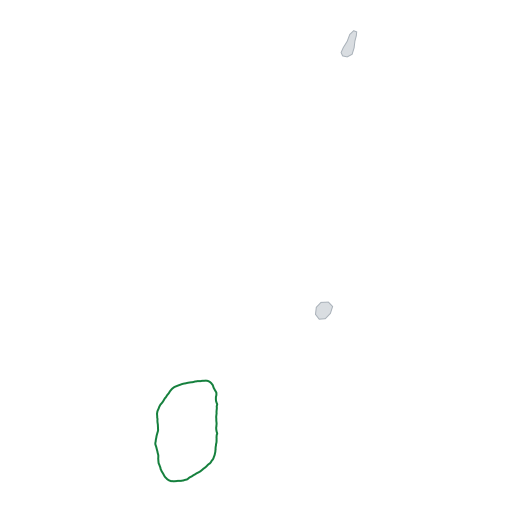 location of South Nilandhoo, Maldives
{"feature_id": "70690204B67340170019172", "entity_name": "South Nilandhoo", "entity_type": "district", "adm_level": 2, "iso_a3": "MDV", "parent_name": "Maldives", "parent_adm1": "", "projection": "orthographic", "projection_center": [72.94, 2.835], "detail": "fine", "context": "in_parent", "style": "outline", "palette": "green", "viewbox_px": 512, "rotation_deg": 0, "n_neighbors": 0, "source": "geoboundaries", "source_scale": "gbopen_adm2", "svg_char_len": 3465}
<svg xmlns="http://www.w3.org/2000/svg" viewBox="0 0 512 512"><path d="M352.1,54.3L347.2,56.9L342.6,55.9L341.1,52.5L343.3,47.6L347.2,41.3L349.8,34.4L353.7,30.7L356.7,31.9L356.3,35.8L354.9,41.1L354.1,47.9L352.1,54.3ZM325.3,318.7L319.2,319.2L315.5,314.4L316.3,307.3L321.0,302.4L328.4,302.1L332.6,306.5L330.4,313.4L325.3,318.7Z" fill="#d9dde1" stroke="#a8b0b8" stroke-width="1"/><path d="M173.6,481.3L175.0,481.2L176.3,481.1L177.6,480.9L179.3,480.9L180.8,480.9L182.3,480.6L183.3,480.5L184.3,480.1L185.4,479.8L186.9,479.5L188.1,478.7L188.8,478.0L190.0,477.2L191.3,476.6L192.2,476.1L193.4,475.2L194.8,474.5L196.6,473.3L198.5,472.4L200.4,471.3L201.6,470.3L202.6,469.5L203.3,468.8L204.9,467.7L206.1,466.7L207.0,465.8L207.8,464.9L208.9,464.0L210.0,463.3L211.0,462.0L211.8,460.6L212.8,459.5L213.3,458.6L213.7,457.5L214.0,456.6L214.3,455.9L214.6,455.1L214.8,454.2L215.0,453.2L215.2,452.4L215.3,451.8L215.4,451.0L215.4,450.3L215.6,449.6L215.5,449.0L215.6,448.2L215.6,447.6L215.7,446.7L215.9,445.8L216.0,445.0L216.0,444.3L216.4,442.8L216.5,441.8L216.6,440.8L216.5,440.0L216.6,439.1L216.5,437.1L216.6,436.4L216.6,435.8L216.7,435.3L216.7,435.0L216.8,434.6L217.2,433.8L217.0,432.7L216.7,431.9L216.5,430.9L216.3,429.7L216.2,428.7L216.2,427.9L216.2,427.1L216.4,426.4L216.4,425.7L216.5,425.0L216.6,423.6L216.5,422.4L216.3,420.8L216.3,418.8L216.2,417.5L216.2,416.6L216.3,415.7L216.4,414.9L216.5,414.0L216.6,413.2L216.5,412.4L216.5,411.6L216.6,410.9L216.6,410.2L216.7,409.5L216.8,409.0L216.8,408.6L216.8,408.2L216.8,407.7L216.8,407.1L216.7,406.5L216.8,406.0L216.9,405.5L217.0,405.2L217.1,404.7L217.2,404.4L217.1,403.9L216.8,403.3L216.5,402.5L216.3,401.8L216.0,400.9L216.0,400.3L215.9,399.7L215.9,398.4L215.9,397.4L216.0,396.6L216.2,395.9L216.4,395.0L216.4,393.8L216.4,392.9L216.2,392.3L215.6,391.2L215.1,390.5L214.5,389.3L214.2,388.8L213.9,388.3L213.4,387.1L213.2,386.4L212.9,385.5L212.7,385.1L212.5,384.7L212.0,384.2L211.6,383.6L211.0,382.9L210.5,382.5L210.1,382.1L209.5,381.8L208.6,381.2L208.2,381.1L207.3,380.8L206.2,380.7L205.1,380.7L204.0,380.8L202.7,380.8L201.6,380.9L200.8,381.1L200.0,381.1L198.8,381.1L197.6,381.1L196.3,381.4L195.0,381.5L193.8,381.9L192.5,382.2L191.1,382.3L189.6,382.5L187.8,382.8L186.5,383.1L185.4,383.4L184.4,383.5L183.0,383.8L181.6,384.2L180.4,384.7L179.2,385.1L177.9,385.6L176.1,386.3L174.9,386.8L174.1,387.2L173.2,387.9L172.3,388.6L171.7,389.2L171.2,389.8L170.6,390.5L169.8,391.5L169.2,392.6L168.5,393.6L167.8,394.4L167.2,395.1L166.7,395.9L166.4,396.4L165.9,397.2L165.5,397.7L165.0,398.1L164.6,398.8L164.2,399.4L163.9,400.0L163.0,401.5L162.2,402.6L161.1,403.9L160.5,404.5L159.8,405.8L159.3,406.7L159.1,407.3L158.8,408.1L158.4,409.1L157.9,410.1L157.4,411.4L157.2,412.6L157.0,413.8L157.1,415.0L157.2,416.4L157.2,417.6L157.5,419.0L157.4,420.8L157.5,422.3L157.7,423.6L157.9,425.0L157.9,426.1L158.0,427.3L158.0,428.8L158.1,429.8L158.0,430.7L157.8,431.6L157.5,432.5L157.2,433.6L156.8,435.0L156.5,436.3L156.3,437.6L156.1,438.5L155.8,440.0L155.7,441.3L155.4,442.6L155.3,443.6L155.4,444.5L156.1,446.5L156.4,447.6L156.8,449.2L157.1,450.4L157.4,451.4L157.6,452.6L157.9,453.7L158.3,455.2L158.3,456.4L158.3,457.4L158.2,458.5L158.3,459.6L158.4,461.1L158.5,462.0L158.6,463.1L159.1,464.3L159.4,465.0L159.6,465.6L160.4,467.7L160.6,469.0L161.2,470.2L161.6,471.2L162.3,472.3L163.1,473.6L163.8,474.9L164.5,476.2L165.0,476.9L165.4,477.4L166.3,478.2L167.1,479.1L168.1,479.8L169.1,480.4L170.9,481.1L172.1,481.1L173.6,481.3Z" fill="none" stroke="#15803d" stroke-width="2"/></svg>